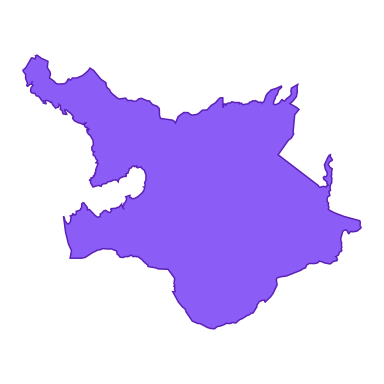 Toba Samosir, Sumatera Utara, Indonesia (Albers equal-area conic projection)
{"feature_id": "22746128B48431928866564", "entity_name": "Toba Samosir", "entity_type": "district", "adm_level": 2, "iso_a3": "IDN", "parent_name": "Indonesia", "parent_adm1": "Sumatera Utara", "projection": "albers", "projection_center": [99.307, 2.386], "detail": "fine", "context": "isolated", "style": "filled", "palette": "violet", "viewbox_px": 384, "rotation_deg": 0, "n_neighbors": 0, "source": "geoboundaries", "source_scale": "gbopen_adm2", "svg_char_len": 5877}
<svg xmlns="http://www.w3.org/2000/svg" viewBox="0 0 384 384"><path d="M105.9,82.6L100.9,79.3L93.6,70.4L90.0,68.1L88.5,70.3L85.2,73.4L82.9,75.3L80.9,76.3L76.6,78.0L72.3,78.0L71.3,79.8L69.0,79.8L68.9,78.9L68.2,79.1L66.7,81.9L64.9,83.6L58.5,84.1L56.3,83.6L53.7,80.9L49.4,77.9L50.5,74.3L50.0,71.9L47.3,67.5L48.0,61.3L41.6,58.4L37.1,55.2L35.5,55.7L35.8,56.8L35.0,58.9L32.1,57.8L31.4,58.0L25.9,67.6L23.0,70.1L23.2,71.3L25.6,74.5L25.6,78.5L27.5,83.2L26.7,85.6L27.7,86.3L30.0,84.3L31.5,84.2L32.2,80.9L31.5,84.2L32.7,84.8L32.9,85.4L31.0,88.0L30.6,90.7L30.9,92.0L31.9,92.9L34.9,93.4L36.4,95.9L38.1,96.1L39.4,97.1L42.0,100.9L43.5,101.0L43.1,102.9L45.9,103.8L46.1,103.3L44.9,100.9L46.2,100.4L49.2,101.2L50.7,102.5L51.7,102.1L52.6,104.5L55.6,108.2L57.2,107.3L58.2,107.3L59.1,105.3L59.0,104.4L60.6,105.7L60.3,109.3L62.4,111.0L62.7,113.1L63.3,114.0L66.7,114.4L66.4,113.2L64.6,110.7L64.7,109.9L65.6,109.6L71.0,113.6L73.1,116.4L73.4,117.3L72.6,117.9L72.8,118.7L74.5,120.8L78.6,122.9L80.1,123.1L83.0,124.4L84.8,123.0L85.6,122.9L84.7,123.9L84.4,125.4L84.9,126.5L85.9,127.5L87.5,127.6L87.5,128.4L89.1,129.1L88.3,130.3L86.9,129.8L87.1,131.9L88.5,134.2L90.2,135.5L93.0,140.3L93.4,144.7L91.8,147.2L91.9,149.8L92.6,151.1L94.3,151.8L93.2,152.7L93.2,155.1L95.0,156.3L95.9,158.8L97.6,160.6L95.9,162.8L98.1,163.4L95.7,169.8L95.9,170.9L95.1,172.7L95.4,173.8L94.7,174.0L94.4,175.4L93.5,175.8L93.7,176.6L93.0,176.9L92.5,177.9L91.2,177.8L91.3,178.7L89.7,179.8L89.6,180.4L90.7,180.7L90.5,182.7L93.0,187.0L98.2,185.4L101.2,186.3L101.6,185.1L103.0,183.9L106.3,183.5L107.7,181.9L111.1,181.3L113.9,179.8L117.0,180.2L118.2,181.8L118.6,179.8L120.5,177.6L122.3,177.3L123.0,176.6L126.1,176.4L126.3,175.5L125.8,173.9L127.9,173.2L129.4,168.6L131.1,168.0L131.9,166.8L133.7,165.8L134.8,166.7L136.7,165.9L136.8,167.4L137.5,167.8L141.0,166.9L141.5,168.0L144.3,170.3L146.0,175.0L145.9,179.9L144.6,183.0L145.3,185.3L144.6,186.8L143.8,187.0L144.4,187.4L144.5,189.0L142.5,192.5L138.1,196.5L134.8,198.4L132.1,198.7L131.2,197.8L129.9,197.5L129.9,195.3L125.7,196.8L126.5,197.9L126.4,199.9L125.1,202.7L124.1,203.3L123.7,205.2L122.4,206.0L124.0,209.5L121.7,205.2L121.6,204.1L118.9,207.3L117.1,207.4L116.5,208.1L115.1,208.3L111.2,208.6L110.7,209.2L111.6,210.3L110.2,212.4L108.5,212.3L105.6,210.3L103.6,211.0L101.7,213.2L100.2,214.0L100.3,215.9L99.8,216.6L97.6,217.3L94.8,215.2L89.7,209.8L88.9,209.4L87.5,209.9L87.2,207.3L83.8,202.8L82.9,202.8L81.7,203.8L81.6,207.9L80.8,208.4L80.1,210.2L76.2,211.3L76.2,214.1L75.2,215.0L72.8,213.7L72.5,214.1L73.1,215.0L70.3,215.9L71.2,217.7L70.6,219.3L70.6,221.5L68.4,224.0L67.2,223.7L64.9,220.5L64.3,217.6L63.5,216.2L65.6,232.4L68.5,244.1L71.5,250.6L70.1,258.2L81.5,258.2L85.1,257.5L92.4,252.7L97.7,250.1L101.1,249.5L102.3,248.6L109.5,249.1L110.9,248.7L116.6,251.0L117.2,254.3L118.5,255.0L120.1,257.2L123.1,257.5L125.5,256.5L127.9,256.7L131.3,255.1L133.2,256.7L135.2,256.3L136.4,256.8L137.6,256.4L141.7,259.4L144.4,262.3L147.9,265.1L147.8,266.1L148.8,266.7L155.6,267.8L158.3,268.9L168.1,269.3L174.7,278.3L174.0,283.5L174.8,285.6L173.9,286.3L174.8,287.4L174.5,289.4L175.3,290.9L175.0,291.7L172.7,291.6L178.5,302.2L182.3,306.8L185.1,309.0L186.2,312.1L192.3,321.1L197.8,323.5L200.1,323.6L207.4,327.5L210.7,328.5L214.5,328.8L217.2,326.6L220.8,325.9L225.3,324.1L226.1,323.2L229.1,323.6L231.0,323.3L232.1,322.5L235.8,323.0L239.6,319.7L242.5,318.5L247.4,315.3L249.3,314.8L251.3,313.2L253.2,312.9L256.9,306.7L257.0,305.0L259.5,301.4L263.3,300.1L264.6,300.2L264.7,301.6L265.2,302.0L270.7,296.7L273.1,293.3L277.1,285.0L276.3,279.3L277.0,278.0L280.0,276.9L286.4,276.0L300.9,270.2L302.8,268.8L305.5,267.9L306.6,265.1L309.4,263.4L314.0,263.6L316.9,263.1L318.4,262.3L318.9,261.2L321.3,261.5L324.5,262.9L329.6,263.9L330.6,263.7L333.4,261.4L336.9,260.7L337.4,259.7L336.5,257.0L335.7,256.6L338.5,255.0L339.6,251.8L341.1,251.4L341.8,250.5L341.2,248.8L341.8,247.5L341.4,244.7L341.7,242.9L340.9,240.9L340.8,238.3L342.8,231.3L344.1,230.3L346.2,230.0L347.1,230.7L348.4,233.5L348.9,233.6L350.5,231.5L353.1,231.8L357.0,231.1L360.7,228.3L361.0,227.3L360.0,225.7L360.3,222.2L359.7,220.7L344.1,216.5L334.9,213.0L329.8,210.4L328.3,209.2L328.9,207.3L328.2,205.1L328.6,203.1L327.2,201.6L327.1,198.8L327.8,196.7L329.9,195.5L328.9,191.3L330.5,190.5L330.0,187.5L330.7,184.1L331.6,183.1L331.9,178.3L331.2,176.1L331.8,174.4L331.5,172.3L332.2,168.7L330.0,167.4L328.2,164.4L329.6,161.8L331.9,160.6L332.4,159.9L330.3,156.4L330.4,154.7L329.2,155.3L327.9,157.3L324.4,164.9L325.4,169.3L327.2,172.4L327.1,175.3L326.3,176.6L324.2,176.5L323.3,177.7L323.8,179.3L327.0,181.9L326.9,183.5L328.2,185.1L326.7,185.7L326.2,187.0L323.4,186.4L319.9,187.2L319.0,187.0L318.4,185.6L278.1,154.8L288.3,140.3L291.5,137.9L293.7,133.9L293.1,132.3L294.7,114.7L299.0,109.5L296.2,107.2L289.9,103.6L292.7,101.3L296.3,96.8L297.3,92.0L297.1,86.9L297.7,84.5L291.4,88.1L290.9,91.5L291.5,93.8L290.2,95.9L286.5,98.8L284.8,100.9L283.4,100.8L282.3,99.6L281.8,99.7L279.2,103.1L276.1,104.6L274.7,104.6L273.5,104.0L273.7,101.5L275.3,98.3L275.6,96.4L277.2,94.5L278.7,90.0L281.6,87.3L281.3,86.1L275.9,88.5L271.2,89.9L267.2,93.7L266.0,95.7L264.0,101.6L263.2,102.4L261.9,102.4L261.7,103.0L261.4,102.4L260.1,102.1L258.2,102.5L257.6,101.6L255.2,100.6L254.1,101.1L252.8,100.7L250.9,102.1L249.9,102.0L248.4,103.7L242.9,104.7L241.2,103.1L239.6,103.7L239.4,102.6L234.8,102.5L231.8,101.8L230.8,102.8L227.4,103.3L225.9,105.2L225.4,104.9L225.4,104.0L223.9,104.0L223.0,107.8L222.8,97.8L220.5,97.8L219.2,98.5L215.3,102.9L211.2,105.4L207.1,109.9L202.4,110.2L198.4,113.6L196.3,114.5L192.6,115.1L190.5,114.5L188.0,112.6L183.8,112.5L178.2,116.5L175.5,123.0L173.8,120.9L172.4,120.1L160.5,118.4L159.5,115.4L159.3,108.6L157.3,106.3L152.4,104.5L149.4,100.9L147.3,100.8L141.4,98.3L138.7,98.9L136.4,100.9L134.7,101.4L131.4,100.4L127.6,100.5L125.6,98.1L119.4,98.9L117.8,98.4L112.5,94.0L110.5,91.9L109.6,89.8L107.0,87.4L106.3,86.0L105.9,82.6Z" fill="#8b5cf6" stroke="#5b21b6" stroke-width="1.5"/></svg>